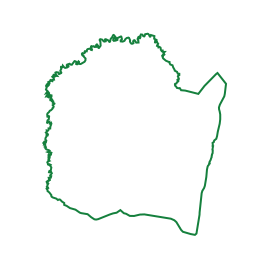 outline of Wang Hin, Si Sa Ket, Thailand, rotated 12°
{"feature_id": "78962969B5946354478732", "entity_name": "Wang Hin", "entity_type": "district", "adm_level": 2, "iso_a3": "THA", "parent_name": "Thailand", "parent_adm1": "Si Sa Ket", "projection": "natural_earth1", "projection_center": [104.168, 14.969], "detail": "fine", "context": "isolated", "style": "outline", "palette": "green", "viewbox_px": 256, "rotation_deg": 12, "n_neighbors": 0, "source": "geoboundaries", "source_scale": "gbopen_adm2", "svg_char_len": 5602}
<svg xmlns="http://www.w3.org/2000/svg" viewBox="0 0 256 256"><g transform="rotate(12 128 128)"><path d="M203.3,218.1L211.3,218.7L215.7,218.6L216.9,217.0L216.0,198.0L215.6,195.7L213.6,176.4L213.8,174.0L214.9,170.9L215.2,168.5L214.8,159.7L213.9,152.3L213.9,149.2L214.1,148.3L214.7,147.3L214.8,145.4L215.2,145.4L214.8,144.3L215.5,141.9L215.6,140.2L215.8,139.7L215.9,138.8L215.6,138.2L215.8,136.8L215.6,136.4L216.0,135.1L215.5,132.0L215.1,131.7L215.0,128.8L214.6,128.3L214.9,127.8L214.4,127.4L214.4,126.6L213.8,125.0L214.9,123.8L214.8,123.0L215.0,122.2L216.6,120.2L216.8,117.4L216.6,112.9L216.8,104.8L216.4,100.3L215.4,95.6L214.2,92.7L213.2,90.8L212.7,89.0L213.0,86.1L215.6,77.0L215.6,74.6L214.7,64.4L204.1,55.6L203.0,56.9L194.1,70.9L189.7,80.0L176.2,79.5L172.1,80.0L170.3,78.2L169.4,78.6L167.5,78.6L166.5,77.5L165.3,76.8L164.8,75.4L164.9,75.0L166.1,74.4L166.4,73.1L167.5,71.9L167.4,71.4L166.7,71.3L166.3,70.6L166.8,69.9L167.5,69.7L167.5,69.2L166.0,67.1L166.2,66.5L167.2,65.6L166.9,64.3L165.4,64.5L164.3,62.9L161.8,62.2L161.5,61.4L159.6,59.3L158.5,57.4L156.2,57.1L155.3,56.1L154.9,54.8L154.1,54.9L151.1,54.3L147.9,52.6L147.3,51.8L147.3,50.9L146.7,50.7L146.4,50.2L147.0,49.1L147.9,49.1L148.3,48.6L147.2,47.4L148.0,46.0L146.6,46.3L145.9,45.2L145.4,46.0L145.1,45.9L143.9,44.7L143.1,42.6L141.8,42.1L141.0,42.8L140.3,41.6L139.3,41.6L139.3,41.1L140.0,39.4L138.8,38.3L138.2,37.3L137.2,38.6L136.6,38.6L136.4,36.7L137.1,35.8L135.0,35.2L134.7,32.6L131.1,32.3L130.9,33.9L130.6,34.1L130.2,33.9L129.2,32.5L128.2,31.8L127.7,31.7L125.3,32.7L125.1,34.6L124.7,35.1L123.6,34.8L122.7,33.7L121.2,33.8L120.8,35.3L121.3,36.2L121.1,37.7L120.5,37.9L120.3,37.4L120.4,36.7L119.9,36.4L119.3,36.8L118.9,38.7L119.1,39.5L119.9,40.3L120.5,42.2L118.3,42.8L116.2,40.8L115.8,40.8L115.2,41.4L115.0,42.2L115.7,43.9L114.9,44.6L113.8,44.8L112.6,43.9L111.9,42.9L111.8,41.7L110.3,39.7L109.7,39.5L108.1,40.2L106.9,41.7L106.5,43.3L105.9,43.9L104.8,44.6L102.9,44.8L102.6,43.8L103.4,42.9L103.6,42.3L102.5,40.1L102.1,39.9L99.0,42.2L99.3,44.1L97.7,45.1L96.0,45.7L95.2,45.1L95.3,43.1L95.7,42.8L97.1,43.3L97.6,42.3L95.0,40.1L94.5,40.0L94.1,40.4L93.7,42.2L92.5,44.6L92.5,46.9L92.2,47.6L91.8,47.6L90.5,46.4L88.0,45.8L87.3,45.9L87.1,46.3L88.1,47.3L88.2,47.8L86.9,48.4L86.3,48.3L84.2,46.9L82.4,46.9L82.0,47.4L82.1,48.1L83.1,49.4L84.1,53.2L83.0,55.7L82.6,55.8L81.6,53.8L80.2,52.7L79.7,53.2L79.6,53.7L81.2,54.3L81.0,55.0L78.3,55.7L77.5,55.1L76.0,55.9L75.6,55.5L75.2,55.5L74.9,55.9L75.0,56.7L76.5,58.8L76.4,59.3L75.3,59.2L74.3,58.2L72.2,59.2L71.7,59.8L71.7,61.6L69.9,61.8L69.7,62.3L70.2,63.0L70.1,63.4L68.8,64.6L68.1,64.2L67.6,64.6L67.5,65.2L68.0,66.1L68.7,66.7L69.7,66.8L70.3,67.7L72.0,68.8L72.3,70.7L71.7,72.3L68.6,75.1L67.9,75.4L66.4,75.3L66.4,73.5L65.7,73.1L65.4,73.9L65.8,75.5L65.4,76.1L64.7,76.3L64.0,76.2L63.7,74.1L62.9,73.7L61.8,73.7L59.9,77.8L58.7,77.9L57.5,77.3L55.3,78.6L55.0,79.2L55.2,79.8L56.6,79.4L57.0,79.8L57.0,80.3L55.8,81.5L54.0,82.3L52.8,81.8L51.2,80.5L51.1,82.1L49.8,82.2L49.9,83.0L50.5,83.9L49.9,86.0L51.3,87.8L51.2,88.2L49.3,89.6L49.0,89.4L48.6,88.2L46.3,88.3L45.5,88.9L46.4,90.7L47.8,91.8L46.9,91.9L45.2,93.3L44.9,92.7L44.9,91.6L44.6,91.3L44.2,91.4L44.0,92.5L43.3,93.6L44.8,94.4L45.6,96.1L44.4,96.5L44.3,97.9L43.5,97.8L42.6,97.0L42.2,97.2L42.0,98.5L40.5,99.7L40.9,100.1L41.7,100.0L41.9,100.6L40.7,101.0L39.6,102.2L40.0,102.8L41.2,102.1L41.6,102.2L41.6,102.6L40.8,103.7L39.4,103.1L39.1,103.9L40.0,105.2L39.8,107.5L41.7,108.7L40.8,110.9L41.3,110.6L41.8,110.9L42.1,111.7L42.4,111.8L43.0,111.2L43.0,109.8L43.6,110.3L43.7,111.8L41.7,113.2L41.5,114.0L43.7,112.9L43.3,114.3L43.8,114.5L44.2,114.0L44.4,113.1L45.0,112.7L44.9,112.0L46.4,112.0L46.6,113.0L45.7,114.1L46.5,114.6L45.9,115.7L46.3,117.0L46.6,117.0L47.1,115.9L47.7,115.8L48.6,116.8L48.4,117.6L49.3,117.7L49.1,118.6L49.2,119.1L50.8,119.2L51.0,119.5L49.6,121.3L50.8,122.4L50.7,123.6L50.1,124.1L50.1,124.9L49.0,126.6L47.9,127.4L47.4,128.9L46.4,130.2L46.1,131.3L46.8,133.7L47.1,133.7L48.0,132.8L48.4,133.0L48.7,136.0L47.7,137.3L47.7,139.6L48.1,139.7L48.4,139.2L49.9,138.2L50.6,140.1L51.2,140.1L51.8,139.1L52.2,139.8L51.9,140.6L52.0,141.7L51.7,142.5L52.0,144.6L50.4,144.9L50.7,146.0L50.5,146.9L50.1,147.4L49.0,147.3L49.4,148.5L48.6,149.5L49.3,150.1L50.5,150.4L51.1,151.1L50.9,152.0L49.8,151.9L50.0,153.2L49.4,155.1L49.6,156.5L50.7,157.2L50.7,158.8L49.8,159.2L49.0,158.8L48.3,160.3L48.9,160.8L49.3,160.1L49.6,160.2L49.4,161.6L50.4,161.2L50.4,162.0L51.2,163.1L50.6,163.8L51.7,164.2L51.5,165.2L52.7,165.9L55.3,166.2L56.2,166.6L56.1,167.1L54.5,168.2L56.3,168.5L57.7,168.0L58.2,168.2L57.9,168.8L58.2,169.8L58.0,170.4L56.9,170.7L56.0,170.5L55.8,171.0L56.3,172.1L56.2,172.9L56.6,173.0L57.3,172.4L57.5,172.5L57.4,174.5L56.8,174.3L56.6,174.8L56.9,176.1L57.9,176.5L56.6,177.4L56.2,178.3L57.2,179.7L57.3,180.3L58.2,180.5L58.8,179.8L60.1,180.2L59.7,181.1L61.2,182.5L61.3,185.5L60.0,186.5L59.9,187.7L60.2,187.8L61.9,186.9L62.9,188.1L61.7,190.6L61.9,191.0L62.9,191.1L62.8,192.6L60.8,193.2L61.1,193.8L61.8,193.7L62.4,195.1L61.9,195.5L61.3,195.1L61.4,196.1L60.3,196.6L59.6,197.6L60.2,198.4L60.8,197.9L60.7,199.1L61.5,199.2L61.1,200.6L61.1,201.7L60.8,202.5L61.3,203.0L62.1,202.9L62.4,203.3L61.1,204.4L62.2,205.4L62.4,206.4L64.4,207.4L67.0,209.6L67.0,210.3L67.6,211.1L69.0,211.6L72.6,212.0L74.4,213.0L75.5,212.2L76.5,212.2L78.9,213.8L81.2,214.6L81.6,216.5L84.1,216.9L87.9,218.4L93.6,218.8L98.4,220.8L99.9,221.0L106.4,220.7L110.5,222.9L114.1,224.3L115.8,224.2L117.7,223.4L128.3,216.3L131.2,214.6L134.5,213.2L137.6,209.9L141.6,212.2L144.0,212.3L148.0,213.6L152.2,212.8L157.7,210.2L162.0,209.1L188.8,207.8L192.5,208.6L194.9,210.0L201.1,216.6L203.3,218.1Z" fill="none" stroke="#15803d" stroke-width="2"/></g></svg>